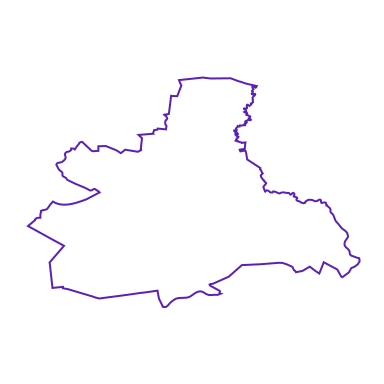 Jelgava, Jelgava, Latvia (Robinson projection), rotated 178°
{"feature_id": "27541924B72876713406332", "entity_name": "Jelgava", "entity_type": "district", "adm_level": 2, "iso_a3": "LVA", "parent_name": "Latvia", "parent_adm1": "Jelgava", "projection": "robinson", "projection_center": [23.697, 56.644], "detail": "fine", "context": "isolated", "style": "outline", "palette": "violet", "viewbox_px": 384, "rotation_deg": 178, "n_neighbors": 0, "source": "geoboundaries", "source_scale": "gbopen_adm2", "svg_char_len": 5947}
<svg xmlns="http://www.w3.org/2000/svg" viewBox="0 0 384 384"><g transform="rotate(178 192 192)"><path d="M225.3,78.3L223.0,78.0L222.1,78.1L221.4,78.4L220.2,79.3L217.5,82.2L215.8,83.5L213.7,84.9L211.8,85.9L210.8,86.2L208.3,86.5L201.2,86.6L199.0,87.0L197.5,87.6L192.7,90.7L190.0,92.0L189.1,92.2L187.1,92.4L185.0,91.9L184.0,91.3L181.3,89.5L179.1,88.6L178.0,88.4L176.6,88.3L173.4,88.5L170.1,88.3L166.9,89.4L168.1,89.8L168.0,90.3L167.5,91.5L167.9,92.3L176.7,97.5L177.5,98.2L177.7,98.9L176.6,99.4L174.3,99.6L158.2,106.1L144.7,117.2L126.5,117.4L107.7,118.2L104.2,118.0L99.8,116.4L94.3,113.7L92.8,110.3L91.5,109.4L90.9,108.2L84.3,109.3L76.9,113.3L71.3,108.7L67.6,106.1L63.2,116.2L62.8,117.2L49.4,109.4L49.0,108.5L45.9,102.4L44.7,101.6L38.0,106.2L35.5,110.4L32.1,111.7L28.9,113.9L26.9,116.9L27.2,120.0L29.2,120.5L35.1,122.9L36.2,124.0L36.5,125.1L36.5,126.6L37.1,128.3L38.3,129.7L39.8,131.1L40.7,132.2L41.2,133.2L41.4,134.5L41.3,135.7L40.9,137.0L40.1,138.3L38.1,140.9L37.7,141.8L37.7,142.9L38.2,145.2L38.7,146.2L39.9,147.6L43.6,150.5L46.9,155.0L49.1,157.6L49.7,158.6L51.2,163.0L51.6,164.1L52.6,165.4L53.8,166.5L54.1,167.0L54.3,168.0L54.2,169.7L55.0,171.3L57.1,173.2L57.6,173.6L57.7,174.1L58.2,174.0L58.3,175.0L58.4,176.2L59.5,177.0L60.4,177.0L62.0,176.6L62.6,176.5L63.0,176.7L63.3,177.0L63.5,179.3L64.0,179.8L64.5,179.9L65.5,179.8L66.5,179.0L67.0,178.8L68.3,178.5L69.2,178.5L69.8,178.6L72.0,179.8L74.2,180.1L75.7,180.1L77.0,179.7L78.0,178.9L78.8,178.6L79.3,177.9L79.3,177.3L81.1,176.9L81.5,177.0L83.6,177.9L84.8,178.8L86.7,179.4L87.7,180.1L87.9,180.4L87.9,181.0L87.5,181.7L87.1,182.1L87.1,182.5L87.3,182.7L88.7,183.6L89.9,183.6L90.4,184.0L90.5,184.6L89.9,185.6L89.7,186.5L90.4,187.4L91.0,187.6L91.4,187.4L92.3,186.9L92.7,186.3L93.7,185.9L94.0,186.0L94.8,187.3L95.2,187.6L95.8,187.8L96.8,187.7L100.4,188.4L102.0,188.4L103.0,188.2L104.0,187.7L104.7,187.5L105.8,187.8L108.6,189.3L110.6,189.7L110.9,189.7L111.4,188.8L111.6,188.7L113.6,188.8L115.7,190.6L116.8,191.0L117.5,191.0L117.9,190.7L118.7,189.8L119.0,190.0L120.5,194.5L120.4,194.8L117.6,198.0L117.7,198.5L118.7,199.5L119.7,201.1L120.0,201.0L122.3,204.4L122.7,206.1L120.7,208.2L121.3,208.8L121.3,209.0L122.2,211.0L122.9,212.4L123.1,212.4L122.8,213.5L135.7,222.6L136.7,230.2L137.2,231.4L140.3,231.3L142.2,230.9L142.7,231.9L142.9,232.6L142.4,232.7L137.8,233.3L136.9,239.7L140.4,239.3L140.6,239.8L141.6,239.9L144.8,241.1L144.3,241.2L144.8,241.7L146.2,242.2L145.9,242.5L146.0,243.1L145.6,243.6L144.8,244.4L144.1,244.7L143.7,245.4L145.1,246.1L146.1,247.2L146.3,247.5L145.9,247.6L144.4,247.7L144.1,248.2L144.2,248.5L146.1,248.5L146.3,248.6L146.5,248.9L146.3,249.2L145.3,249.3L145.0,249.7L145.3,249.9L146.7,250.2L147.0,251.2L147.7,251.6L147.7,251.9L147.7,252.1L147.0,252.2L146.6,251.7L146.2,251.5L145.3,251.8L145.1,252.2L145.3,253.0L145.8,253.9L145.3,254.6L144.8,254.9L144.3,255.5L144.0,256.4L143.7,256.3L143.0,255.7L142.7,255.7L142.1,255.8L142.1,256.3L141.8,256.9L139.7,256.7L138.7,256.9L136.6,256.9L136.6,257.1L137.3,258.0L137.2,258.2L136.4,258.1L136.1,258.3L136.0,258.6L135.4,259.0L134.8,259.7L134.9,260.0L136.4,260.2L136.4,260.6L136.2,260.8L133.5,262.0L130.9,261.8L130.6,262.1L131.0,262.6L132.4,263.1L132.8,263.3L132.8,263.7L131.7,264.2L131.5,264.6L131.3,265.0L131.5,265.1L131.3,265.4L131.4,265.7L132.2,265.9L132.9,266.5L134.0,266.7L135.1,267.3L134.9,267.7L134.1,268.4L134.2,269.0L134.5,269.3L136.6,269.7L137.0,270.1L136.8,270.2L136.5,270.2L135.9,270.0L135.3,270.0L135.0,270.5L135.0,270.8L135.4,272.0L136.0,272.4L136.8,272.7L137.0,273.0L137.2,273.5L136.7,273.8L135.2,273.5L134.7,273.5L134.2,273.8L134.0,274.0L134.3,276.7L133.9,277.3L133.1,277.2L131.7,276.0L129.7,277.4L129.6,277.9L129.9,278.5L128.8,278.8L128.0,279.5L127.9,279.8L127.8,280.6L128.0,280.8L128.2,281.3L128.1,282.1L127.9,282.4L128.2,283.3L128.2,284.1L128.0,284.5L127.1,285.5L126.0,286.3L125.4,287.2L125.6,287.8L128.2,287.4L128.8,287.7L128.9,288.0L127.7,289.5L127.7,290.0L128.4,290.5L128.5,290.7L128.5,291.0L127.5,292.0L127.2,292.8L127.9,293.8L127.7,293.7L128.0,294.4L128.0,295.0L128.0,295.4L127.6,295.7L127.1,295.8L126.6,295.8L126.0,294.9L125.2,294.1L124.9,294.0L124.6,294.1L124.2,294.5L124.2,295.0L123.8,295.3L123.6,295.6L134.7,298.6L139.6,300.5L141.1,300.9L149.4,304.3L169.6,304.8L177.0,306.0L201.1,304.3L199.9,301.0L198.9,298.9L203.4,288.3L208.1,288.6L209.5,288.9L212.4,270.8L213.9,270.6L214.0,270.4L214.6,270.5L217.0,270.2L216.6,269.6L215.7,269.2L215.4,268.9L214.2,266.6L214.3,265.9L215.0,265.1L215.8,264.5L216.2,263.5L216.4,262.4L216.2,260.4L215.3,259.2L215.2,258.6L215.4,258.0L215.8,255.5L224.1,256.6L224.4,255.5L227.8,255.1L227.8,254.7L229.1,251.8L228.9,251.6L243.4,250.9L240.1,247.5L241.8,236.1L241.4,236.1L241.4,235.6L244.7,234.1L257.3,236.6L261.7,233.3L266.3,236.4L276.4,240.9L284.0,241.0L284.1,236.4L289.5,236.2L290.9,236.7L300.0,245.9L301.0,245.9L302.9,245.0L303.5,243.8L305.0,242.2L307.7,238.6L308.7,239.4L310.3,239.7L311.3,239.7L311.4,238.5L311.7,237.8L313.2,236.9L315.1,236.5L315.9,236.3L316.8,235.7L317.4,235.0L317.7,234.1L317.7,233.7L317.2,231.8L317.1,231.2L317.3,229.9L317.5,229.4L318.9,228.0L320.8,226.6L322.1,226.2L324.8,225.8L325.5,225.5L325.9,225.3L326.3,224.7L326.6,223.9L325.0,220.6L324.0,218.8L323.0,217.9L321.4,216.6L320.9,215.8L320.8,215.2L320.9,213.5L320.7,212.6L319.9,211.9L317.5,210.5L316.3,208.6L314.8,207.7L308.1,204.2L298.5,199.8L293.6,197.0L292.8,197.1L291.8,197.4L290.0,198.4L289.2,198.4L288.5,198.1L287.0,196.9L285.3,195.9L284.4,194.8L287.0,193.6L297.7,188.4L302.3,186.9L308.7,185.1L312.7,184.3L316.5,183.8L321.0,183.8L324.9,184.4L328.6,185.7L331.3,187.3L332.7,185.9L334.6,183.8L335.9,181.9L337.9,179.7L342.7,178.8L343.6,178.4L343.4,177.7L344.2,175.5L344.4,173.3L344.4,171.6L347.9,171.5L349.9,170.0L349.9,169.3L357.1,163.7L335.4,150.7L321.8,142.7L336.8,126.5L336.6,125.2L334.8,101.0L324.3,101.7L324.4,100.4L324.1,100.3L319.0,99.1L293.7,90.6L293.4,90.3L288.4,88.8L261.2,91.4L245.5,93.1L245.2,93.0L229.9,94.6L229.1,88.7L228.6,86.3L225.3,78.9L225.3,78.3Z" fill="none" stroke="#5b21b6" stroke-width="2"/></g></svg>